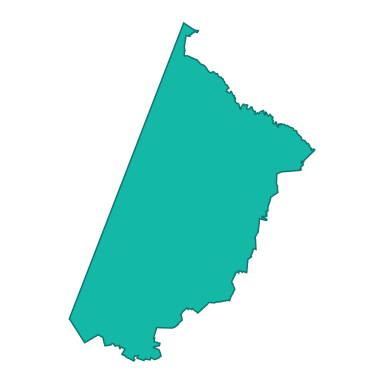 Cintalapa, Chiapas, Mexico
{"feature_id": "50627088B82563437390549", "entity_name": "Cintalapa", "entity_type": "district", "adm_level": 2, "iso_a3": "MEX", "parent_name": "Mexico", "parent_adm1": "Chiapas", "projection": "albers", "projection_center": [-93.728, 16.752], "detail": "fine", "context": "isolated", "style": "filled", "palette": "teal", "viewbox_px": 384, "rotation_deg": 0, "n_neighbors": 0, "source": "geoboundaries", "source_scale": "gbopen_adm2", "svg_char_len": 5973}
<svg xmlns="http://www.w3.org/2000/svg" viewBox="0 0 384 384"><path d="M183.7,23.0L130.5,160.7L69.3,318.9L69.4,319.1L69.6,319.1L84.7,342.7L98.2,334.8L103.1,337.6L103.1,338.2L104.1,342.6L105.0,345.8L110.3,345.1L111.4,344.5L111.9,343.7L113.4,343.6L113.5,343.9L115.0,346.1L119.1,345.3L119.1,346.3L119.3,347.3L119.7,347.9L119.8,349.2L120.5,347.5L121.2,346.9L122.0,347.4L123.0,347.9L125.0,349.1L121.9,354.3L122.5,354.8L123.8,355.4L124.4,355.6L124.8,355.4L125.7,356.4L126.0,356.8L127.7,357.9L130.4,359.1L133.8,361.0L134.0,360.5L134.7,360.0L134.8,359.7L133.8,358.5L134.0,356.7L134.3,356.4L135.4,356.0L137.0,355.9L138.0,355.6L137.0,358.0L137.3,358.3L139.2,358.8L143.9,360.5L145.0,359.1L150.3,359.8L150.9,357.5L154.4,359.6L157.1,358.7L158.8,357.8L161.0,356.0L160.0,352.3L158.8,349.6L153.4,347.5L153.3,347.0L159.4,345.7L159.9,343.3L154.1,341.7L154.7,338.0L153.5,338.0L156.8,327.6L172.3,328.0L174.8,327.1L174.8,326.9L178.2,324.6L177.8,324.0L182.2,320.0L180.9,314.0L181.7,313.3L182.3,312.5L182.7,311.8L185.9,308.9L186.6,308.0L188.3,309.4L188.6,308.6L190.2,308.9L191.8,309.5L192.6,308.5L194.3,310.2L196.4,311.7L197.7,313.1L207.4,304.3L208.7,302.5L214.6,302.8L216.6,302.0L217.2,302.1L217.7,301.9L217.6,301.7L219.6,302.0L219.8,301.8L222.0,301.4L222.4,301.4L224.5,300.7L225.2,301.0L225.7,300.5L226.3,300.4L227.5,300.5L228.5,300.4L229.5,300.6L229.5,300.3L229.9,299.9L229.7,299.7L230.5,297.6L232.0,294.6L233.1,292.9L233.6,290.9L234.0,290.7L234.8,289.3L231.6,281.6L233.9,277.1L234.6,275.5L235.1,274.9L235.2,273.7L235.6,273.7L236.5,271.8L237.6,272.2L238.7,273.0L238.7,272.3L238.9,272.1L238.9,271.8L238.8,271.7L239.2,271.3L239.1,270.9L239.6,271.0L240.2,270.9L240.8,271.1L241.2,271.7L241.5,271.5L242.5,272.3L242.9,271.6L243.2,271.5L245.0,271.8L245.2,272.3L245.5,272.3L246.7,272.6L247.7,260.4L248.1,259.1L251.5,256.8L250.8,255.9L252.4,252.5L253.5,248.4L256.0,249.4L255.4,238.8L255.4,238.4L254.9,238.0L256.5,234.4L258.1,232.1L258.3,229.8L259.1,223.8L259.4,218.6L265.8,220.4L266.8,220.2L267.0,220.0L266.6,219.2L266.0,218.6L262.0,217.2L262.2,216.4L265.4,216.4L266.7,216.2L266.8,215.4L266.1,215.5L266.1,214.3L266.6,214.2L266.8,212.2L266.0,212.2L265.9,212.0L266.2,211.4L266.6,211.0L267.4,210.7L267.9,210.8L267.9,207.8L268.3,205.4L269.5,202.6L270.0,200.6L270.4,199.9L270.5,198.2L270.7,197.8L270.7,197.3L277.9,192.3L277.5,190.0L277.4,185.6L276.4,184.4L276.8,173.8L281.7,171.8L299.1,170.4L299.5,170.1L300.1,170.3L300.3,170.1L299.7,170.0L299.8,169.7L300.0,169.3L300.2,169.2L300.3,168.8L300.6,169.0L300.5,168.8L301.1,168.1L300.7,167.7L300.7,166.8L301.4,166.2L302.5,165.8L303.1,164.8L303.2,164.4L302.7,164.2L302.8,163.0L303.2,162.5L302.4,162.7L301.9,162.9L301.5,162.9L301.2,162.8L301.0,162.1L303.9,160.6L311.6,153.1L314.5,150.4L314.7,149.8L314.4,149.6L314.2,149.3L313.9,149.1L313.1,149.3L312.7,149.7L312.1,149.8L311.5,150.2L311.9,150.9L310.8,149.3L311.0,148.6L311.3,148.4L310.0,147.4L309.8,147.0L309.7,146.6L309.8,145.9L308.9,144.7L308.5,143.8L307.8,143.5L307.4,143.7L306.7,143.7L306.2,142.6L304.6,140.5L303.6,140.2L303.0,140.5L302.6,140.6L302.0,140.2L301.8,139.9L301.8,139.3L301.6,138.7L301.5,137.7L301.1,137.2L299.5,135.5L299.1,135.4L297.2,133.3L296.8,132.0L296.8,131.4L296.5,130.9L296.3,130.7L295.8,130.7L293.8,130.3L293.6,129.9L293.3,128.7L292.9,128.2L292.2,127.8L291.4,127.8L290.6,127.5L287.3,125.5L286.9,125.6L286.3,125.5L285.9,125.7L285.2,125.4L284.8,124.8L284.5,124.5L283.9,124.3L283.4,124.5L282.9,124.4L281.1,123.7L280.9,123.8L280.6,124.7L280.2,125.1L279.9,125.1L279.7,124.4L279.2,123.9L278.4,124.4L278.2,125.1L278.4,125.7L278.4,126.5L278.2,127.0L277.8,126.8L277.2,126.2L276.7,125.1L276.6,123.2L276.3,122.1L275.9,122.0L275.4,122.1L275.3,122.3L275.0,123.7L274.4,124.1L273.1,123.3L272.9,123.0L273.3,121.8L273.2,121.0L272.9,120.3L272.2,119.6L272.0,119.0L272.2,118.7L272.6,118.5L273.0,117.8L272.8,117.1L272.4,116.7L272.0,116.7L271.1,116.2L270.8,115.8L270.7,115.0L270.4,114.5L270.1,114.4L269.9,114.5L268.7,116.2L268.4,116.2L267.8,115.3L267.3,114.9L266.8,113.4L266.1,112.3L265.8,112.1L265.5,112.5L265.5,114.2L265.0,114.8L264.6,114.6L264.1,113.9L264.1,112.9L263.7,111.0L263.5,110.7L262.9,110.7L262.3,110.9L260.5,111.7L259.6,112.5L259.1,113.4L258.8,113.6L258.4,113.6L257.4,112.7L257.0,113.0L256.2,114.0L255.6,114.2L255.0,114.1L254.9,113.6L255.2,112.6L255.2,111.4L255.0,111.2L254.4,111.3L253.8,111.2L253.7,110.9L252.6,109.4L252.0,107.1L251.6,106.9L251.4,106.9L250.4,107.4L249.8,108.2L249.5,108.8L249.2,109.2L248.7,109.2L247.5,108.9L247.1,108.8L246.8,108.3L247.0,106.6L247.2,106.0L247.7,105.6L247.8,105.3L247.7,105.2L247.1,104.9L246.3,104.8L244.6,105.2L244.3,105.0L243.8,104.2L243.3,104.1L242.8,104.8L242.4,105.7L241.9,106.2L241.0,107.4L241.1,108.1L241.0,109.1L240.8,109.5L240.4,109.4L239.6,107.6L239.5,106.5L238.8,104.4L238.6,103.8L237.9,103.4L236.7,103.4L235.9,102.7L235.6,102.2L235.0,100.6L235.1,99.7L235.5,99.2L235.5,98.5L235.3,97.9L235.0,97.8L234.6,97.9L234.0,97.7L233.9,97.3L234.5,96.1L234.5,95.8L234.3,95.7L233.5,95.6L233.2,95.2L232.1,93.4L231.7,92.0L231.2,91.4L230.6,91.6L230.3,92.6L230.0,92.9L229.8,93.1L229.3,93.1L228.5,92.8L227.7,91.7L226.8,91.8L226.3,91.6L226.2,91.4L226.1,91.0L227.2,89.2L227.6,88.8L228.6,88.5L228.9,88.0L228.7,87.8L228.3,87.4L227.4,85.4L226.8,85.0L225.8,84.6L225.0,83.8L224.8,83.3L224.7,82.1L224.5,81.7L223.8,81.1L223.4,80.5L223.1,79.0L222.7,78.7L222.2,78.6L221.6,78.4L221.4,77.7L221.2,77.2L220.5,77.1L219.3,77.1L218.8,76.8L217.9,75.3L217.6,73.9L217.3,73.6L216.9,73.6L216.0,74.0L215.7,73.9L215.3,73.5L214.4,72.3L213.3,71.8L212.7,71.8L212.3,71.9L211.6,72.7L211.3,72.9L210.4,72.8L209.7,72.4L208.3,71.1L207.0,69.1L206.9,68.8L206.0,67.8L205.9,67.3L205.5,66.8L203.7,65.2L200.8,64.2L200.5,63.9L196.9,59.7L196.4,59.8L187.5,55.8L184.3,55.9L184.4,53.1L184.3,50.7L184.9,50.7L184.3,46.3L186.1,35.5L189.4,36.4L189.9,36.1L189.7,35.9L189.6,35.5L190.1,35.3L190.4,34.9L191.0,34.7L191.3,34.3L191.6,34.2L191.7,33.5L192.1,33.6L193.0,32.9L194.2,32.3L194.3,31.6L195.3,31.6L197.0,32.6L198.3,31.2L198.4,30.6L195.3,30.3L193.2,29.3L183.7,23.0Z" fill="#14b8a6" stroke="#0f766e" stroke-width="1.5"/></svg>